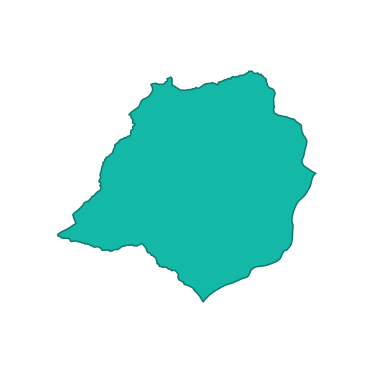 outline of Titiribí, Antioquia, Colombia, rotated 229°
{"feature_id": "7082276B91110424420481", "entity_name": "Titiribí", "entity_type": "district", "adm_level": 2, "iso_a3": "COL", "parent_name": "Colombia", "parent_adm1": "Antioquia", "projection": "robinson", "projection_center": [-75.783, 6.066], "detail": "fine", "context": "isolated", "style": "filled", "palette": "teal", "viewbox_px": 384, "rotation_deg": 229, "n_neighbors": 0, "source": "geoboundaries", "source_scale": "gbopen_adm2", "svg_char_len": 6069}
<svg xmlns="http://www.w3.org/2000/svg" viewBox="0 0 384 384"><g transform="rotate(229 192 192)"><path d="M278.3,185.9L276.8,184.2L275.7,183.6L275.1,182.3L276.2,179.9L276.4,177.2L277.3,176.9L277.4,176.6L277.2,175.2L278.0,173.5L278.4,172.1L278.5,170.7L278.0,169.3L277.8,168.0L278.2,166.9L278.0,165.9L278.2,164.8L277.8,163.9L276.4,163.3L276.1,162.8L276.0,161.5L275.7,160.8L274.8,159.6L273.7,157.5L273.8,154.5L273.6,151.2L274.5,150.3L274.5,150.0L273.8,149.0L273.7,147.5L272.7,146.4L272.6,144.8L272.5,144.3L272.1,143.5L271.1,142.9L270.2,140.7L268.2,138.3L265.4,134.0L264.8,133.5L263.6,133.0L262.8,132.5L262.5,132.1L262.0,130.9L261.7,129.6L261.6,129.3L261.3,129.1L261.0,129.0L260.4,128.5L260.1,128.5L260.0,128.8L259.7,129.0L259.2,129.1L258.8,129.0L258.0,128.6L257.6,128.0L257.2,126.6L256.6,126.6L256.2,126.8L255.6,126.7L255.1,126.3L253.7,124.3L253.7,123.3L254.1,120.7L254.1,119.3L254.0,118.3L253.6,116.2L253.6,115.3L254.2,113.3L253.5,112.0L253.5,110.0L253.4,109.2L252.7,108.2L253.5,107.0L253.8,106.8L254.5,103.7L254.4,102.8L253.4,100.2L253.4,98.1L253.2,96.8L253.1,94.8L253.4,90.7L253.2,88.2L253.1,87.4L252.7,86.9L251.4,86.6L250.1,85.7L248.7,85.5L247.2,84.8L244.3,83.8L244.7,81.9L245.4,76.5L246.0,72.9L247.3,68.5L248.0,64.0L248.0,63.2L247.9,62.8L247.5,62.4L246.7,62.1L244.7,63.2L243.2,63.4L241.7,64.4L240.9,65.5L239.9,66.2L239.3,67.1L237.4,68.6L236.6,68.8L234.6,68.1L234.0,68.2L232.0,71.2L230.9,72.5L229.9,73.3L229.1,73.5L228.5,73.8L228.1,74.7L227.8,74.9L226.1,75.4L224.1,77.1L223.5,77.0L223.0,77.3L222.0,78.3L219.3,80.3L218.1,80.4L217.0,81.1L214.9,81.8L214.3,82.3L213.1,84.2L212.4,85.1L211.8,85.5L210.5,86.0L209.1,86.2L207.0,86.0L205.9,87.2L204.9,88.7L202.2,91.6L201.9,91.6L201.5,91.2L201.2,91.1L200.7,92.2L200.2,92.7L199.7,93.7L199.6,94.9L199.2,96.0L198.6,96.8L198.0,97.2L197.4,98.2L197.1,99.0L197.0,100.0L197.0,100.8L196.8,101.7L196.8,102.6L196.9,103.0L196.9,103.5L195.8,104.7L195.7,105.7L194.7,107.2L194.5,108.5L193.2,109.2L192.6,110.0L192.3,110.9L191.5,111.6L191.0,112.4L190.9,112.5L190.1,112.5L189.6,112.8L188.4,114.2L187.2,115.3L187.1,117.0L186.9,117.7L186.3,118.5L186.1,120.1L185.7,120.5L182.7,120.4L181.5,120.7L181.2,120.7L180.0,120.2L179.0,120.4L178.4,120.1L177.9,119.5L177.4,119.3L176.6,119.1L176.0,118.8L175.6,118.8L174.9,119.1L173.9,119.9L173.5,120.1L172.9,120.2L171.0,119.8L170.2,120.4L169.3,120.8L168.4,120.9L166.2,121.4L164.9,121.0L162.6,119.9L162.1,119.6L161.0,118.7L160.5,118.8L160.0,119.3L159.6,119.2L159.4,119.5L159.1,119.6L158.7,119.4L158.0,118.7L157.7,118.6L157.4,118.7L156.1,119.6L154.6,120.4L152.5,123.0L152.1,123.3L151.4,123.6L149.6,123.5L149.3,123.6L148.2,124.9L147.5,125.1L146.3,124.9L146.1,125.0L145.8,125.2L145.2,126.4L144.2,127.5L143.3,127.8L139.3,128.0L138.9,127.8L137.3,125.8L136.5,125.2L134.4,124.6L133.7,124.8L132.1,125.5L130.9,125.6L130.6,125.8L130.0,126.5L129.4,126.4L127.5,125.5L126.6,126.0L125.3,127.1L120.5,129.2L119.3,129.6L113.8,129.3L111.6,129.6L109.5,129.4L107.8,129.4L103.4,128.5L101.7,128.5L102.4,131.5L102.9,138.6L102.2,144.9L100.8,152.4L99.3,157.4L96.7,163.1L93.9,172.6L92.4,175.9L91.8,177.8L91.7,178.9L91.9,179.9L92.9,182.5L94.1,184.7L94.3,185.8L94.3,188.2L93.8,190.5L93.0,192.2L88.7,198.4L87.1,201.5L85.0,207.4L84.2,210.1L83.9,211.7L83.9,214.2L84.3,216.0L86.2,219.9L86.7,221.3L86.9,222.8L86.8,223.9L86.2,224.9L86.0,226.0L86.7,230.3L87.5,232.5L88.8,234.4L91.0,237.1L92.7,238.8L96.5,242.3L98.1,244.1L100.9,246.6L103.4,247.7L104.6,248.4L107.3,251.0L110.2,254.9L113.1,260.3L113.8,261.9L115.2,266.1L115.4,273.8L115.7,275.7L116.0,276.9L118.6,284.8L123.6,291.9L124.3,293.6L124.7,295.0L125.0,297.5L128.7,296.1L137.7,293.7L139.3,293.7L141.7,294.2L143.9,295.9L144.6,297.5L146.4,300.7L149.7,304.8L151.1,307.2L153.5,310.4L155.5,312.3L158.8,313.2L161.8,313.4L164.9,314.4L166.0,314.9L170.7,318.2L172.1,318.1L176.5,316.9L178.9,316.9L179.5,316.8L180.3,316.5L183.3,314.3L186.0,313.1L187.0,312.5L189.2,310.5L191.9,308.8L193.2,307.4L195.5,306.9L197.8,305.9L198.4,306.1L199.4,307.0L200.8,307.7L201.8,309.6L202.5,310.2L203.6,310.7L205.3,311.7L206.4,313.1L207.0,313.2L208.1,314.0L210.0,316.3L211.6,319.0L212.4,319.6L214.1,320.3L215.4,320.6L216.8,320.4L218.0,319.9L219.7,318.9L220.3,318.7L221.9,318.7L223.0,319.0L224.3,319.8L226.1,320.0L228.0,321.7L228.4,321.9L229.7,321.9L231.0,321.4L232.7,321.6L234.1,321.1L235.5,321.4L235.8,321.2L236.0,320.8L236.5,319.7L238.3,319.7L238.7,319.5L239.0,319.2L239.8,317.8L240.4,317.1L241.0,316.7L241.6,316.5L243.7,316.5L244.6,315.7L245.8,313.9L245.2,312.7L245.2,312.3L245.9,311.2L245.9,309.4L246.5,307.6L247.3,306.1L248.4,305.0L248.8,303.8L248.8,302.2L249.1,301.8L249.9,301.5L250.0,301.2L250.4,299.8L251.0,299.2L251.8,299.1L252.1,298.9L252.3,298.4L252.4,297.4L252.8,296.6L252.7,296.3L252.0,296.1L252.0,295.5L252.7,294.5L253.1,294.3L253.4,294.4L253.8,294.0L254.1,293.4L254.2,291.5L255.1,290.4L256.3,286.2L256.5,285.7L257.0,285.2L257.2,284.7L257.3,284.1L257.3,283.7L257.0,283.2L256.1,282.1L256.2,281.8L256.5,281.4L256.9,281.1L258.3,280.8L259.6,279.8L261.1,279.2L261.4,278.8L261.7,277.4L262.0,277.0L262.4,276.7L263.1,275.8L264.8,272.8L265.3,270.9L265.6,266.2L266.0,265.2L267.0,263.9L267.5,264.0L268.2,263.6L268.5,263.1L268.3,261.9L268.4,261.0L268.6,260.7L269.3,260.5L269.6,260.2L269.9,258.6L271.3,256.8L272.7,254.6L273.2,253.6L276.3,250.4L277.2,249.9L279.6,249.3L282.1,248.3L283.1,248.3L285.0,247.4L285.4,247.3L285.9,247.4L287.8,248.7L290.1,251.0L291.9,251.5L292.4,251.4L292.7,251.2L292.8,250.3L293.9,247.5L293.6,247.3L292.8,247.2L292.3,246.5L292.1,246.1L292.0,245.7L292.5,244.0L291.8,242.5L291.8,241.9L293.3,239.6L294.8,237.8L295.6,237.1L296.7,236.8L298.0,235.8L299.1,233.9L300.1,231.6L298.0,230.9L296.8,230.7L294.7,229.0L294.2,228.4L293.2,225.5L292.7,222.9L292.6,221.4L293.3,217.9L294.0,216.1L294.0,214.5L293.7,212.8L293.4,212.2L291.6,208.9L291.3,208.0L291.6,203.2L292.0,198.9L291.7,195.2L291.4,195.2L290.6,195.9L290.0,196.0L289.4,195.8L288.6,195.1L288.0,194.9L286.4,194.7L285.3,194.8L283.3,192.7L282.8,192.5L282.3,192.5L281.4,193.5L280.5,193.2L280.1,192.8L280.3,190.8L280.2,190.2L279.8,189.7L278.8,189.3L278.4,188.8L278.2,188.0L278.5,186.6L278.3,185.9Z" fill="#14b8a6" stroke="#0f766e" stroke-width="1.5"/></g></svg>